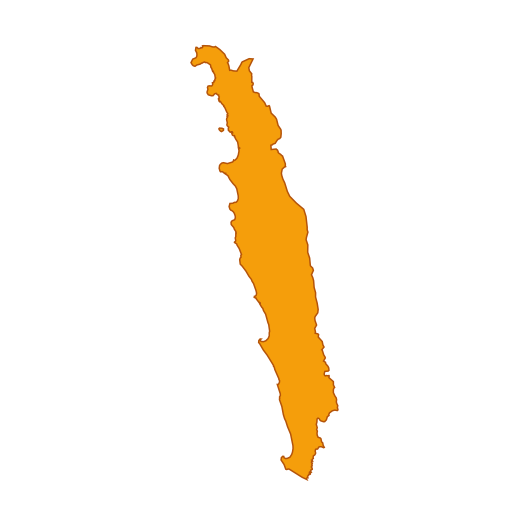 outline of Pesisir Barat, Lampung, Indonesia, rotated 31°
{"feature_id": "22746128B87029922352837", "entity_name": "Pesisir Barat", "entity_type": "district", "adm_level": 2, "iso_a3": "IDN", "parent_name": "Indonesia", "parent_adm1": "Lampung", "projection": "albers", "projection_center": [104.225, -5.409], "detail": "fine", "context": "isolated", "style": "filled", "palette": "amber", "viewbox_px": 512, "rotation_deg": 31, "n_neighbors": 0, "source": "geoboundaries", "source_scale": "gbopen_adm2", "svg_char_len": 6153}
<svg xmlns="http://www.w3.org/2000/svg" viewBox="0 0 512 512"><g transform="rotate(31 256 256)"><path d="M97.1,108.1L98.2,110.9L100.6,112.4L101.8,114.0L102.5,115.7L102.4,117.1L100.4,119.8L100.7,123.7L102.9,124.9L104.3,125.2L106.0,124.8L106.9,122.8L109.3,120.3L110.1,118.6L110.7,118.2L111.0,117.3L112.1,116.1L112.9,116.3L114.5,115.4L118.5,115.6L120.4,117.7L121.1,117.8L123.8,120.1L124.2,119.7L125.0,120.5L127.2,121.7L129.2,124.1L129.7,124.2L129.7,125.6L130.4,126.9L129.8,127.8L130.3,128.3L130.3,129.1L129.4,129.9L130.5,131.2L130.6,132.4L130.4,133.1L128.3,134.2L127.4,135.1L127.6,136.6L128.9,137.8L129.6,140.7L130.4,141.6L132.1,142.4L135.3,141.6L136.6,140.7L137.0,138.4L138.1,137.1L139.2,137.5L140.7,137.4L140.6,137.6L142.3,138.4L142.6,138.0L142.5,138.7L143.3,140.2L142.8,140.1L142.8,140.6L144.6,142.3L145.3,142.5L145.4,141.9L146.1,142.0L148.2,143.0L151.2,143.8L151.4,144.4L152.6,144.7L156.7,147.6L158.5,148.5L158.5,149.9L159.5,150.1L159.2,151.1L160.0,151.3L160.0,153.0L160.5,154.2L162.8,156.6L163.5,158.6L164.3,159.2L166.2,159.6L166.5,160.8L167.5,162.4L170.2,163.2L170.9,162.2L171.6,161.8L172.5,162.4L171.9,162.9L172.0,163.3L173.5,164.5L174.7,164.5L175.5,163.9L176.0,164.3L176.3,165.0L176.8,165.0L177.8,165.9L181.6,167.8L185.2,172.0L185.8,172.0L186.1,172.4L186.7,171.2L186.3,172.5L185.4,172.5L187.3,174.6L188.8,178.6L189.3,181.9L188.6,185.0L189.0,185.0L187.4,185.2L187.7,186.6L187.5,187.5L183.9,191.5L180.0,192.8L178.8,194.0L178.2,195.9L178.2,197.3L179.3,199.8L181.3,201.7L182.2,202.1L183.8,201.0L185.9,201.3L187.1,200.9L186.9,201.4L190.5,201.6L194.2,203.9L199.1,205.8L202.3,206.7L204.9,208.3L209.8,213.6L211.3,216.0L211.7,218.4L211.3,220.2L209.8,221.2L209.0,222.7L206.6,224.4L207.5,227.5L209.5,229.3L210.9,229.7L212.0,229.5L213.8,229.8L215.4,230.6L217.6,232.4L218.7,234.1L219.0,235.9L217.4,238.1L217.2,239.3L217.4,240.2L218.6,241.8L222.4,243.1L223.5,244.1L226.1,245.4L227.3,246.7L227.4,247.1L227.0,246.9L228.7,249.8L228.9,251.2L230.6,253.1L230.9,254.2L230.4,255.0L230.6,255.5L233.3,255.6L234.1,256.4L237.8,258.3L242.8,262.2L242.6,263.1L243.8,264.9L243.5,265.9L243.9,267.5L246.7,271.1L249.4,271.8L255.1,274.1L260.4,277.0L264.2,278.5L265.5,279.6L268.1,280.9L273.9,285.7L275.7,287.6L276.4,289.6L276.1,290.7L275.4,291.4L275.8,292.4L277.7,292.1L278.6,292.1L277.6,292.3L282.3,294.2L283.7,294.4L283.4,294.0L283.7,294.0L284.0,294.4L283.4,294.7L283.5,294.9L287.2,296.9L288.8,297.4L290.5,298.9L294.2,300.9L300.6,307.0L302.3,308.3L306.4,313.4L306.9,315.0L308.5,317.6L308.9,320.5L308.1,323.6L306.5,325.6L304.4,326.6L303.4,326.3L302.7,325.6L303.1,324.6L302.4,324.9L302.1,325.5L302.0,327.1L302.9,328.9L304.0,329.1L310.7,332.8L316.6,335.2L325.5,339.8L327.5,340.9L327.9,341.6L328.8,341.8L330.6,343.6L338.8,349.4L339.3,350.1L340.5,350.8L341.2,352.4L341.3,354.5L340.4,355.1L347.8,361.6L348.7,363.0L348.8,364.8L349.6,365.6L349.7,366.4L350.3,367.2L355.7,371.7L361.1,377.8L364.3,380.7L366.6,382.2L370.9,386.0L377.4,390.8L385.4,399.6L387.0,402.1L388.3,405.4L388.8,407.8L388.7,411.0L387.1,413.3L385.7,414.4L384.0,414.5L383.0,413.5L382.1,413.9L381.6,415.7L382.5,417.9L387.5,420.3L391.3,423.4L392.3,423.2L393.3,422.0L394.3,421.6L409.5,421.9L414.6,421.4L413.8,420.9L414.1,419.7L414.7,419.4L413.6,418.1L414.0,416.8L413.6,416.1L413.8,415.6L414.6,415.5L414.9,415.0L414.7,414.5L413.6,414.1L414.5,413.2L413.6,413.1L414.1,412.5L413.2,411.5L414.1,409.9L413.7,409.3L412.5,408.7L412.6,408.0L411.9,407.8L411.9,406.4L411.3,406.2L411.0,404.5L410.1,404.6L409.8,404.3L409.6,403.5L410.2,402.7L408.9,402.3L409.3,401.8L409.0,401.0L409.4,400.0L408.8,399.4L408.1,397.7L408.8,396.4L408.8,394.7L408.2,393.7L407.3,392.9L406.7,391.2L406.9,390.6L408.2,389.8L408.3,387.4L408.8,386.7L410.3,385.8L412.7,385.5L413.1,384.9L411.1,383.7L409.4,381.8L407.9,381.5L405.8,379.2L404.9,378.9L402.6,379.4L400.8,378.1L399.5,376.4L398.8,374.5L397.4,373.6L396.9,371.6L394.4,369.3L393.7,366.9L392.3,364.4L392.5,363.2L393.1,362.9L394.1,363.0L395.5,363.8L396.5,363.9L399.2,363.3L400.2,362.6L400.7,360.2L399.9,357.0L400.7,355.1L400.0,354.4L399.8,352.6L401.2,349.3L402.9,347.5L405.3,346.6L405.5,345.9L405.3,345.4L403.9,344.1L403.1,342.1L401.2,340.9L400.0,339.7L399.1,337.7L397.8,336.3L395.8,335.4L392.7,333.3L391.2,330.8L390.8,329.3L391.1,328.2L388.8,326.7L387.0,323.8L381.6,322.8L381.0,322.5L380.5,321.1L380.1,320.9L379.2,321.7L377.9,322.2L377.4,322.9L376.5,323.1L375.2,322.1L374.4,319.5L377.1,317.5L377.4,316.4L376.0,314.5L374.5,313.5L371.2,312.4L370.3,311.3L368.0,311.3L367.9,307.7L367.3,307.1L365.0,305.9L361.2,302.5L360.7,302.5L361.2,299.0L359.2,297.8L356.8,295.2L351.1,293.4L350.1,291.1L349.2,290.9L346.5,291.7L346.1,290.5L343.6,287.8L343.5,284.0L339.8,280.9L338.2,278.8L337.9,277.4L338.2,272.9L336.8,269.8L332.8,265.0L328.2,260.5L326.0,256.8L322.0,253.0L318.1,247.5L315.8,245.3L313.2,243.5L312.6,238.8L310.7,237.1L308.0,236.5L307.4,236.1L303.0,230.1L298.4,226.2L294.7,219.8L290.6,216.3L289.7,214.2L288.2,208.8L286.3,207.1L285.0,204.9L278.5,196.4L272.9,191.4L263.4,189.9L254.2,187.5L249.6,184.5L243.0,178.6L239.4,176.2L236.5,173.6L235.1,171.9L233.7,168.0L234.8,164.5L235.9,164.0L234.9,164.0L233.7,161.9L227.2,156.6L226.7,156.7L224.7,156.2L222.5,156.1L221.5,155.7L221.2,155.1L219.7,154.1L218.7,154.2L218.2,153.9L214.2,156.9L211.7,153.4L212.8,152.2L213.0,151.2L214.4,149.6L214.5,145.9L214.9,144.3L215.8,143.2L216.1,141.4L214.6,138.2L212.8,135.4L212.0,134.7L207.7,132.7L203.2,128.2L200.9,127.0L195.4,125.7L190.4,120.6L189.8,120.4L188.9,121.6L187.6,122.3L184.4,120.1L176.5,117.4L175.1,115.5L174.5,115.3L172.4,115.6L171.2,116.3L169.2,116.7L165.5,113.1L164.8,112.0L165.3,110.9L164.7,109.5L163.7,108.9L162.9,109.3L159.9,104.2L159.0,103.3L158.5,102.0L155.0,100.7L152.8,98.3L152.0,88.6L148.5,90.4L144.3,96.6L144.1,97.3L144.4,99.7L144.4,107.4L141.2,109.0L138.8,109.6L137.8,110.4L134.9,107.1L133.3,105.7L132.0,105.0L132.2,103.0L131.4,102.2L128.3,101.4L125.2,99.2L118.7,97.7L115.5,97.4L113.3,97.3L112.7,98.3L110.9,99.2L107.9,99.9L102.4,102.9L101.9,103.4L102.6,104.1L102.7,105.0L102.3,105.5L101.5,105.6L101.4,106.4L100.8,107.1L99.6,108.0L97.9,107.6L97.1,108.1ZM162.4,167.1L163.4,165.1L162.7,163.8L161.1,164.0L158.8,165.2L158.7,166.1L159.5,166.7L161.2,167.2L162.4,167.1Z" fill="#f59e0b" stroke="#b45309" stroke-width="1.5"/></g></svg>